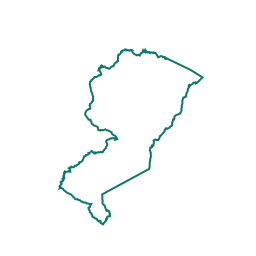 outline of Alto Paraíso de Goiás, Goiás, Brazil, rotated 148°
{"feature_id": "56859067B58391691599305", "entity_name": "Alto Paraíso de Goiás", "entity_type": "district", "adm_level": 2, "iso_a3": "BRA", "parent_name": "Brazil", "parent_adm1": "Goiás", "projection": "albers", "projection_center": [-47.466, -14.162], "detail": "fine", "context": "isolated", "style": "outline", "palette": "teal", "viewbox_px": 256, "rotation_deg": 148, "n_neighbors": 0, "source": "geoboundaries", "source_scale": "gbopen_adm2", "svg_char_len": 5920}
<svg xmlns="http://www.w3.org/2000/svg" viewBox="0 0 256 256"><g transform="rotate(148 128 128)"><path d="M218.0,113.1L217.2,113.1L216.6,112.7L216.0,111.9L215.4,111.2L215.4,109.5L214.9,108.0L214.2,106.0L213.2,104.2L211.7,102.0L211.4,101.1L211.1,100.2L211.1,99.1L210.8,98.4L210.7,97.6L210.4,96.9L210.5,96.0L210.0,95.2L209.2,94.5L208.4,94.4L208.1,93.1L207.0,92.2L206.8,91.2L206.6,90.4L205.9,89.9L205.7,89.0L205.2,88.4L204.6,88.0L203.4,87.2L203.2,86.1L202.3,85.6L201.4,84.7L201.1,84.1L200.4,83.5L199.5,83.1L202.5,81.0L203.2,81.3L203.9,81.3L204.2,80.7L204.4,78.9L204.3,77.9L204.9,77.1L204.6,75.7L204.3,75.0L204.6,74.4L204.6,73.1L205.2,71.5L203.9,69.8L204.0,69.1L203.5,68.3L202.7,67.8L202.6,66.9L202.9,66.1L202.6,65.3L202.6,64.5L201.1,64.3L200.7,63.3L201.5,62.6L201.5,61.7L200.8,61.0L200.3,59.5L199.5,59.7L199.1,60.3L198.1,60.3L197.4,60.5L196.9,60.9L195.8,61.0L194.8,62.5L194.2,62.1L193.8,62.7L193.2,63.1L192.7,63.6L191.7,63.6L190.2,62.7L189.9,63.4L189.2,63.8L189.2,64.7L188.6,65.3L188.6,66.1L188.2,67.1L188.4,68.4L189.6,68.7L189.4,69.4L190.1,69.7L189.8,70.6L189.8,71.3L189.3,72.8L189.3,73.7L188.9,74.3L189.4,76.3L189.7,77.1L189.2,78.4L188.3,79.2L187.8,80.3L187.5,81.2L187.1,82.1L186.4,82.8L185.1,85.4L131.9,82.1L130.1,83.7L129.6,84.4L129.2,85.3L127.5,87.6L126.0,89.1L125.5,90.0L124.2,91.2L123.5,92.0L123.1,92.6L122.6,93.8L121.8,94.9L121.4,96.4L121.4,97.4L121.0,98.1L120.1,98.9L119.5,99.6L118.7,99.1L117.8,99.0L117.2,100.5L116.4,100.5L115.8,99.7L115.2,100.2L114.0,101.7L113.3,102.7L112.9,103.9L110.7,103.7L110.4,102.9L108.8,101.8L107.2,102.3L106.7,103.0L106.1,103.3L105.2,104.2L104.2,104.0L103.3,104.5L102.3,104.7L101.5,105.1L100.8,105.1L99.8,105.3L98.5,105.9L98.2,106.8L96.9,107.2L96.1,107.7L95.4,107.2L95.3,106.5L92.8,106.3L91.2,106.9L89.9,106.6L89.2,106.8L87.7,109.2L86.6,109.7L85.9,110.9L85.0,111.4L84.3,110.8L83.6,111.5L82.7,113.0L81.1,113.3L80.0,113.4L78.9,113.2L78.3,112.9L77.5,112.9L76.5,112.6L75.5,113.2L74.6,113.5L73.2,114.7L72.6,116.0L71.3,117.0L71.1,117.7L68.7,120.2L67.8,121.7L67.3,122.6L66.5,123.1L65.6,124.0L64.8,124.5L63.9,124.0L62.9,124.3L62.5,123.9L62.0,124.4L61.2,125.1L60.2,126.4L58.0,127.6L57.0,128.7L56.3,129.7L55.4,129.9L54.1,130.5L54.3,131.4L53.9,132.0L53.1,132.0L53.1,130.9L52.2,131.2L49.7,131.2L49.0,131.6L48.4,131.7L46.6,131.0L46.8,129.8L45.3,129.8L38.0,131.4L44.6,144.9L45.1,145.6L58.6,167.0L59.0,166.4L59.8,167.1L59.3,168.8L60.9,169.7L61.3,170.9L61.8,171.5L62.6,171.7L63.3,171.6L64.2,171.9L64.9,171.9L64.8,173.8L64.9,174.7L64.7,175.5L64.7,176.2L65.0,176.9L65.4,177.5L66.5,177.9L66.5,178.7L67.4,178.8L67.8,179.6L68.7,179.9L69.6,179.7L69.9,180.4L69.7,181.2L70.1,181.6L71.4,181.6L72.1,182.2L71.7,183.1L71.9,185.2L72.5,184.7L72.9,183.9L73.5,183.3L73.9,183.9L74.0,184.9L74.0,186.0L74.6,185.6L75.1,184.7L75.7,184.2L76.4,184.3L77.0,184.5L77.7,184.4L79.6,183.3L79.9,184.2L80.4,184.6L81.1,184.6L81.9,184.8L82.1,185.6L82.9,186.4L83.5,187.3L83.6,188.1L84.0,189.0L84.0,189.9L83.7,190.9L83.1,191.2L83.5,192.0L84.1,192.7L84.9,192.5L85.9,192.8L86.2,193.6L87.5,194.6L88.4,194.8L88.1,195.6L88.9,196.3L90.1,196.0L91.2,196.4L92.3,195.9L92.2,196.5L93.3,196.5L93.8,196.1L94.4,195.4L95.1,195.0L95.8,194.8L96.7,194.7L97.2,195.3L98.0,194.7L98.6,193.9L99.1,193.0L99.7,192.4L100.6,190.8L101.1,190.1L101.8,190.4L102.7,189.7L104.1,190.0L105.0,189.8L106.1,189.0L107.0,188.8L107.6,188.1L108.3,188.5L109.8,188.8L112.0,188.1L113.0,188.5L113.5,189.8L114.8,190.8L115.0,191.7L115.2,192.5L116.1,192.8L117.2,193.0L116.8,194.3L117.2,195.1L118.0,195.0L118.9,194.5L118.6,193.7L119.6,193.3L120.0,193.9L121.0,194.0L122.5,192.6L121.5,192.2L121.8,191.1L122.1,187.7L122.8,187.4L123.8,187.5L124.4,188.1L125.2,187.9L126.2,188.0L127.0,187.9L127.8,188.0L128.6,188.5L129.2,189.0L131.2,188.3L132.0,188.2L133.1,187.8L134.1,187.8L134.6,187.3L135.7,187.3L137.0,185.7L137.4,184.8L137.9,183.6L138.3,182.4L138.4,181.6L139.0,180.9L139.2,180.2L139.3,179.6L139.9,178.4L140.0,176.5L140.4,176.0L140.5,175.2L140.9,173.7L140.9,173.0L141.5,172.6L141.7,172.0L142.2,171.4L142.6,170.6L142.9,169.8L144.1,169.4L144.9,169.4L145.5,168.8L146.5,168.4L147.5,168.6L148.7,167.4L148.4,166.6L148.8,166.1L149.8,164.4L150.6,164.5L151.6,165.1L152.5,164.7L153.9,164.7L154.7,164.4L156.1,163.4L156.6,162.8L157.1,162.3L157.3,161.4L157.1,160.3L157.2,159.6L157.2,158.8L157.1,158.1L156.9,157.3L157.1,156.1L156.3,155.4L155.5,154.9L156.1,154.1L155.8,152.3L156.2,151.7L156.5,150.5L155.7,149.2L155.5,148.1L154.8,147.4L153.6,145.7L153.2,144.8L153.3,143.8L154.0,143.2L154.3,142.4L153.7,141.5L153.0,140.6L152.2,140.8L151.1,139.9L150.6,139.4L149.7,139.2L148.0,138.9L147.4,137.6L146.2,136.4L145.4,135.4L145.1,134.5L144.6,133.8L144.2,133.1L144.5,132.5L144.6,131.4L144.2,130.2L143.7,129.1L143.1,128.0L142.9,126.9L142.9,125.2L143.0,124.3L143.7,124.5L145.4,124.9L145.0,125.4L144.9,126.4L145.9,127.3L147.6,128.0L148.3,128.5L150.1,128.4L151.9,129.0L152.7,128.9L153.9,127.9L154.0,126.5L154.2,125.1L154.8,124.4L156.8,123.5L157.8,122.5L159.0,122.4L160.0,121.8L161.4,121.6L162.2,120.9L163.0,121.2L163.4,121.9L164.2,122.3L165.4,122.5L165.7,123.1L166.5,123.4L167.3,123.4L168.0,123.8L169.1,123.8L168.7,124.5L169.4,124.8L170.1,124.9L169.9,125.5L170.7,126.2L170.8,127.2L171.3,127.8L172.9,127.3L173.8,127.2L174.7,127.7L174.8,127.0L175.3,126.6L176.4,126.8L177.2,127.0L178.0,127.4L178.6,126.8L179.7,126.7L180.1,127.2L182.1,125.6L182.9,125.2L183.7,124.4L184.4,124.2L185.1,124.2L185.8,124.2L186.8,124.1L187.3,124.8L188.3,124.1L188.9,123.4L190.3,123.7L191.2,123.6L192.1,123.3L193.2,124.2L194.7,123.4L196.3,124.4L196.6,125.2L197.3,124.7L198.5,125.3L199.5,125.3L199.0,124.2L199.9,123.3L199.5,122.8L200.1,122.3L200.2,121.6L201.7,122.8L202.5,123.3L204.4,123.5L204.6,124.6L205.4,124.3L206.1,123.8L206.0,122.9L207.7,121.9L208.2,121.5L207.7,121.0L209.4,119.9L208.7,119.2L209.9,118.5L210.5,118.9L210.5,118.0L211.2,117.7L212.0,117.5L213.0,118.0L213.8,117.9L214.0,116.9L213.8,115.9L214.7,115.4L215.7,115.2L216.3,115.1L216.4,114.3L217.1,114.5L217.3,113.8L218.0,113.1Z" fill="none" stroke="#0f766e" stroke-width="2"/></g></svg>